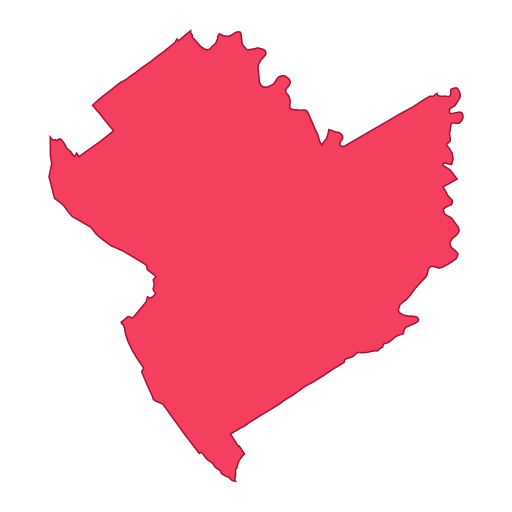 Hantesti, Suceava, Romania
{"feature_id": "2599482B54866642936153", "entity_name": "Hantesti", "entity_type": "district", "adm_level": 2, "iso_a3": "ROU", "parent_name": "Romania", "parent_adm1": "Suceava", "projection": "mercator", "projection_center": [26.365, 47.754], "detail": "fine", "context": "isolated", "style": "filled", "palette": "rose", "viewbox_px": 512, "rotation_deg": 0, "n_neighbors": 0, "source": "geoboundaries", "source_scale": "gbopen_adm2", "svg_char_len": 5943}
<svg xmlns="http://www.w3.org/2000/svg" viewBox="0 0 512 512"><path d="M219.3,33.8L217.6,36.7L217.6,39.1L217.4,39.6L216.9,40.0L215.8,43.2L212.2,46.4L210.0,49.0L207.9,49.7L206.1,49.7L202.4,47.7L200.4,46.2L195.2,40.2L193.0,38.0L192.3,36.8L192.2,35.1L191.7,34.1L190.7,33.0L190.7,30.7L186.7,33.9L178.6,40.8L177.0,39.0L175.9,40.5L175.3,42.3L167.1,48.9L166.0,49.5L165.9,50.0L155.1,58.0L152.2,60.5L141.9,67.7L135.0,73.0L129.9,76.4L128.3,77.9L123.4,81.1L121.6,81.7L116.1,85.7L109.7,91.0L102.6,96.4L96.7,101.4L92.5,105.3L98.1,112.0L98.8,112.5L99.1,112.8L105.7,121.3L111.2,128.0L113.6,130.7L110.3,133.5L99.7,141.8L79.0,156.6L76.6,153.1L75.2,155.7L74.5,156.4L73.0,154.9L72.1,153.8L70.7,151.5L70.2,151.3L69.6,150.9L68.4,149.5L66.7,148.2L63.6,142.3L62.7,141.5L61.1,139.4L60.6,139.0L59.2,138.9L58.5,139.7L57.7,139.7L57.4,140.2L56.7,140.7L55.2,139.7L54.2,139.9L53.1,140.0L51.6,138.9L50.2,137.0L50.4,155.7L51.7,163.5L49.0,176.7L54.6,198.4L59.7,202.1L63.4,205.3L69.3,213.1L72.2,216.5L90.7,227.1L93.3,230.2L95.6,233.4L99.5,237.2L110.7,245.6L123.1,251.0L144.5,263.9L146.5,265.5L147.2,269.3L148.2,270.5L154.4,275.1L155.9,276.8L153.2,279.7L154.1,284.2L154.0,285.9L153.3,288.1L153.1,289.2L153.6,290.5L155.7,293.7L154.4,295.2L150.5,298.1L147.4,296.9L146.1,301.9L133.4,317.2L131.9,318.0L129.4,316.7L128.1,316.4L123.1,320.7L121.1,322.2L121.7,323.9L123.1,324.3L124.6,328.2L125.6,334.6L128.4,342.4L132.1,350.1L136.8,358.0L143.7,368.1L141.6,371.6L147.0,384.5L152.7,397.0L153.0,398.7L154.6,400.5L158.3,402.2L162.9,404.2L167.6,410.6L173.1,418.4L186.0,436.2L199.2,453.3L201.2,452.3L203.2,454.3L205.7,457.9L208.0,460.2L210.8,461.9L212.1,462.9L213.9,465.0L214.8,466.7L216.1,467.9L219.7,470.2L220.4,471.0L221.1,472.9L221.8,473.8L225.0,475.8L229.7,477.9L230.5,479.3L231.5,480.1L232.5,480.6L235.5,481.3L234.9,480.4L234.8,479.7L235.3,476.6L235.6,474.3L235.6,472.9L235.5,470.6L235.6,469.8L235.9,469.1L236.6,468.3L236.9,467.8L237.2,465.9L238.1,463.2L238.7,462.1L239.0,460.6L239.4,459.9L240.2,459.1L242.0,456.4L243.2,455.2L244.6,454.1L239.2,445.9L238.4,446.4L230.5,434.0L239.6,428.6L244.9,425.8L246.6,424.6L248.4,423.1L259.1,416.4L279.0,404.3L283.6,400.9L290.2,396.6L291.4,396.2L305.3,386.1L312.1,382.6L320.7,377.3L324.1,375.3L325.9,373.9L333.2,369.0L338.7,365.8L344.3,362.2L344.6,360.2L344.7,359.7L347.2,358.4L350.2,357.6L353.0,356.4L353.8,355.6L355.4,354.4L356.5,353.2L358.5,352.4L361.2,352.7L366.6,352.5L371.0,351.5L372.9,351.3L374.0,350.7L377.1,351.0L378.4,350.2L379.7,348.9L381.1,347.9L382.6,347.1L383.4,344.2L384.3,343.7L388.1,342.6L389.8,341.5L391.8,339.8L393.0,339.0L394.9,337.0L396.3,336.2L399.8,334.8L401.6,334.4L403.5,333.5L403.7,331.3L404.5,329.1L406.5,327.0L416.0,322.8L417.8,321.6L418.5,319.8L417.8,317.8L416.2,316.8L412.6,316.2L408.8,316.1L403.3,315.0L399.3,312.5L398.4,310.3L398.9,308.2L400.1,304.4L406.5,299.5L410.4,295.1L414.3,289.7L417.5,285.8L421.4,281.6L425.8,277.1L427.1,274.7L427.8,271.1L429.2,267.8L431.0,266.4L433.6,266.5L436.0,267.2L438.8,268.1L441.8,267.5L447.9,264.3L452.3,261.5L456.2,258.7L457.8,255.4L457.9,253.5L455.6,251.0L451.3,247.4L450.0,244.5L450.0,242.6L452.1,238.8L453.8,237.1L454.5,236.9L456.5,235.1L458.2,233.0L459.0,231.3L458.9,230.8L459.1,230.1L458.9,229.2L458.7,228.6L458.1,226.9L457.2,225.7L453.9,221.4L452.0,218.5L449.8,217.0L445.9,214.9L445.2,214.3L444.3,213.1L443.9,212.4L443.5,208.8L446.8,206.8L449.7,205.2L451.5,204.8L452.4,202.1L452.3,200.3L447.8,195.6L446.1,192.1L443.2,187.3L443.5,186.6L457.1,179.1L450.5,170.3L442.7,165.1L444.0,162.8L451.6,164.6L453.1,159.1L452.2,153.1L451.3,151.8L449.4,148.6L446.8,145.3L446.7,144.9L446.7,144.4L446.9,143.9L449.2,142.3L450.0,141.4L450.2,140.7L450.3,140.1L450.3,138.9L449.6,134.5L449.6,133.5L450.3,129.6L450.7,126.3L450.9,124.9L451.4,123.4L451.6,123.2L452.2,123.0L453.5,122.8L456.5,123.4L457.2,123.4L458.4,123.3L459.7,122.8L461.2,121.3L462.5,119.1L462.8,118.2L462.9,117.4L463.0,115.9L462.8,114.9L462.1,113.3L461.2,112.4L460.6,112.2L459.0,112.1L451.9,113.6L450.4,113.4L449.9,113.1L449.5,112.4L449.2,111.3L449.4,110.1L449.9,109.1L451.5,107.5L453.5,106.5L454.8,105.7L455.3,105.2L459.0,99.3L459.8,97.9L460.1,96.5L460.2,95.7L460.2,94.1L459.2,91.4L458.3,89.7L457.6,88.7L456.8,88.0L456.2,87.9L453.9,88.1L451.3,89.1L450.8,89.7L450.7,90.2L450.6,94.5L450.0,95.7L449.4,96.2L448.7,96.5L448.1,96.6L445.2,96.1L440.9,96.3L437.7,95.5L437.3,94.8L437.1,93.5L435.0,94.7L434.3,95.6L433.2,96.2L432.0,96.4L430.0,96.1L423.5,99.9L412.6,107.1L399.2,114.3L386.2,122.0L368.9,131.9L366.0,133.7L361.1,136.4L355.3,139.9L343.8,146.5L341.1,146.0L340.6,145.7L340.0,144.9L339.8,144.3L339.9,143.6L340.3,142.2L340.7,141.3L342.2,139.5L342.5,138.8L342.7,137.9L342.7,136.8L342.5,135.9L341.7,134.6L340.5,133.4L338.7,132.5L338.1,132.3L335.6,132.0L331.4,130.3L328.8,129.6L328.2,133.2L326.7,138.1L326.5,138.6L324.6,140.8L321.9,144.8L320.7,143.3L319.8,141.6L319.4,140.6L318.5,137.0L317.8,134.9L316.7,132.3L314.9,128.9L313.1,124.2L311.8,121.4L309.4,115.7L308.0,112.7L307.0,111.2L306.1,110.5L305.6,110.2L304.5,110.0L300.4,110.2L292.7,109.5L291.5,109.1L290.6,108.5L289.9,107.5L289.8,107.0L289.8,106.0L290.1,102.1L290.1,100.8L289.7,98.8L289.0,96.8L288.5,95.5L286.1,92.8L285.8,92.1L285.7,91.3L285.7,90.5L285.8,89.7L286.3,88.7L287.8,87.2L288.6,86.1L289.5,84.8L290.1,83.3L290.2,82.0L290.1,81.1L289.8,80.3L289.2,79.3L288.0,78.2L286.1,76.6L284.9,75.9L284.3,75.8L282.4,75.7L279.4,76.6L278.8,76.9L277.6,78.0L276.8,79.1L274.9,82.3L273.8,83.6L272.3,84.7L271.5,85.2L268.3,86.6L267.2,87.0L264.9,87.2L263.0,86.7L261.9,86.1L260.9,85.0L260.5,84.5L259.7,82.8L259.2,80.5L258.9,75.9L258.1,67.5L258.1,66.4L258.4,64.9L258.9,63.7L260.2,61.0L265.1,55.4L265.6,54.6L265.7,54.1L265.8,53.0L265.7,51.8L265.3,51.0L264.6,50.3L263.4,49.4L259.5,48.4L258.1,47.9L257.2,47.9L255.0,48.7L248.1,49.9L247.2,49.8L246.7,49.4L244.0,46.5L242.8,44.9L242.3,44.1L242.0,42.5L241.1,33.9L240.7,32.8L240.1,32.1L239.3,31.9L238.1,31.8L236.7,32.0L235.6,32.5L230.4,35.6L229.4,36.0L227.8,36.2L225.9,36.1L223.4,35.6L219.7,34.0L219.3,33.8Z" fill="#f43f5e" stroke="#9f1239" stroke-width="1.5"/></svg>